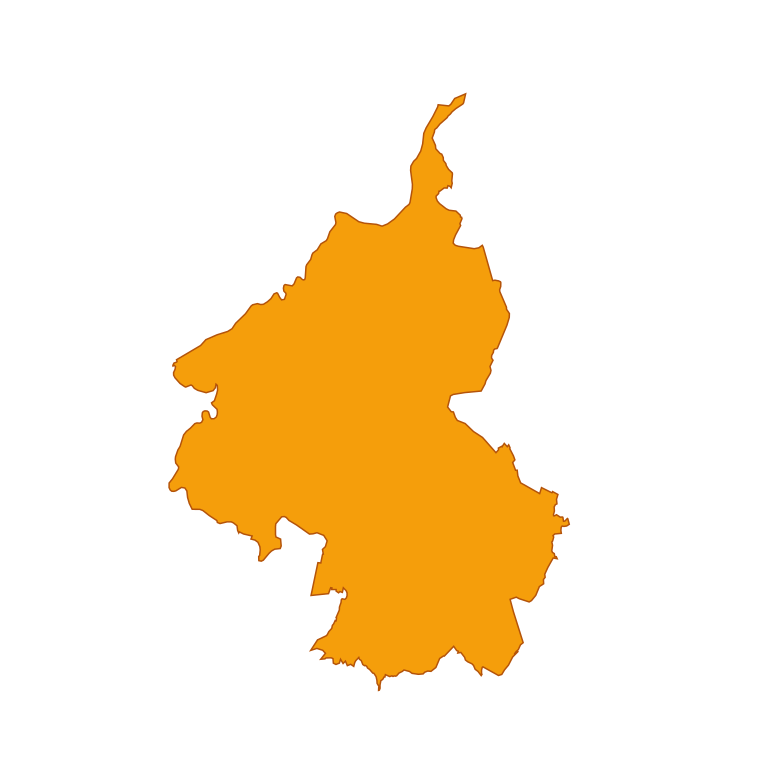 the district of Ixmatlahuacan, Veracruz, Mexico, rotated 12°
{"feature_id": "50627088B11055849709035", "entity_name": "Ixmatlahuacan", "entity_type": "district", "adm_level": 2, "iso_a3": "MEX", "parent_name": "Mexico", "parent_adm1": "Veracruz", "projection": "equal_earth", "projection_center": [-95.886, 18.498], "detail": "fine", "context": "isolated", "style": "filled", "palette": "amber", "viewbox_px": 768, "rotation_deg": 12, "n_neighbors": 0, "source": "geoboundaries", "source_scale": "gbopen_adm2", "svg_char_len": 6161}
<svg xmlns="http://www.w3.org/2000/svg" viewBox="0 0 768 768"><g transform="rotate(12 384 384)"><path d="M403.5,83.2L393.8,90.0L391.2,96.5L389.6,98.5L378.9,99.6L378.9,101.8L376.2,112.2L372.0,124.6L370.8,130.5L371.9,141.1L371.5,148.5L369.0,156.6L366.7,160.0L365.0,165.2L365.6,169.5L370.3,182.8L371.1,187.3L371.7,201.0L371.2,203.1L368.2,206.6L359.9,220.4L354.2,226.7L349.3,230.0L343.6,229.4L331.3,230.8L325.6,230.5L312.1,225.0L304.7,225.0L302.7,226.3L301.4,227.8L301.0,230.3L303.4,236.1L303.4,238.1L299.4,246.3L298.5,253.6L297.7,255.8L293.1,260.1L290.8,266.6L287.2,270.7L286.7,272.6L286.4,277.4L283.6,283.4L283.3,285.4L284.9,296.6L284.7,298.3L283.8,298.9L282.4,298.8L279.7,297.1L277.4,297.2L276.4,298.4L275.2,304.8L273.8,307.1L266.6,307.3L265.7,308.4L265.7,311.2L266.7,313.9L269.1,315.6L269.6,316.8L269.0,321.9L266.3,323.0L263.9,320.9L261.0,317.3L260.1,317.1L257.7,318.7L255.7,324.0L252.9,327.8L249.5,331.1L246.9,331.9L243.5,331.7L239.1,333.8L237.8,335.3L233.9,344.1L226.3,355.4L223.9,361.5L220.2,365.1L210.6,370.5L200.6,377.6L196.6,384.5L176.0,403.4L176.9,404.9L176.6,405.7L174.2,407.2L173.6,409.6L173.9,410.3L174.9,409.4L176.4,410.2L176.6,412.9L175.8,416.6L176.4,419.1L178.3,421.4L184.4,425.9L189.5,428.0L190.7,428.2L195.4,425.1L196.8,425.5L199.4,427.7L203.1,428.9L211.8,429.5L218.2,426.0L219.8,422.8L219.7,419.1L221.2,420.0L222.5,424.6L222.4,428.6L221.6,435.6L219.2,438.3L220.4,440.0L226.0,443.5L226.9,446.2L227.2,448.7L226.8,451.2L225.0,453.3L222.3,453.9L220.8,452.6L218.2,447.9L216.6,447.2L214.4,447.5L212.9,448.5L212.3,450.0L212.7,453.4L214.3,456.6L213.5,459.4L211.9,460.6L209.1,461.0L207.2,462.1L203.8,467.5L200.6,471.4L198.6,475.5L197.5,487.4L196.1,491.4L195.2,498.5L195.5,501.0L196.7,504.6L200.4,507.8L200.6,510.0L196.8,520.8L194.4,525.5L195.3,530.0L196.9,532.1L198.6,533.0L200.7,532.7L202.6,531.8L207.3,527.3L210.8,527.1L213.4,529.6L215.5,535.9L218.4,541.3L222.4,546.4L229.9,544.9L233.1,545.4L240.4,549.0L248.9,552.3L249.8,554.1L252.6,554.6L259.1,551.5L263.2,550.6L265.5,551.1L269.7,553.2L271.3,557.7L272.9,559.9L273.2,558.7L277.8,559.9L286.6,560.1L286.1,563.3L290.2,563.5L293.6,565.0L296.4,568.9L297.4,572.0L298.0,577.5L297.3,578.8L298.3,582.8L300.8,582.8L302.6,581.4L306.7,573.6L308.7,570.7L311.4,568.3L316.7,566.5L317.1,563.8L315.1,557.2L310.1,556.1L309.2,553.9L307.5,546.0L307.2,543.2L311.5,535.2L314.0,534.4L316.1,534.8L319.4,537.2L327.6,540.0L342.3,546.3L345.7,545.3L349.4,543.4L356.5,544.6L361.0,549.2L360.5,555.3L358.2,558.6L360.0,563.0L359.4,563.2L359.3,564.2L359.4,572.2L356.5,572.5L356.6,606.0L373.3,600.6L374.2,594.3L375.5,594.3L375.6,595.9L379.9,595.0L380.2,596.5L383.0,597.7L384.0,596.2L386.6,596.5L386.6,591.8L389.9,594.0L391.3,596.0L391.9,598.8L391.6,601.2L390.5,602.8L387.7,602.8L387.1,603.9L387.4,606.6L386.8,611.4L387.3,614.4L385.7,622.4L386.2,622.6L386.4,625.2L386.2,625.9L385.4,625.6L384.6,629.2L383.7,630.8L383.7,633.9L381.5,637.7L380.6,641.1L379.7,642.4L372.2,648.1L367.7,659.8L373.3,656.6L379.4,657.2L382.7,659.6L379.3,666.4L383.4,665.1L384.3,664.0L389.3,662.8L391.2,663.2L392.5,667.6L395.3,668.3L398.4,666.3L398.7,662.3L402.1,665.9L403.9,663.1L406.7,667.1L409.7,665.1L413.1,666.5L413.3,662.6L413.9,660.5L416.2,656.7L417.2,658.4L419.2,659.2L421.6,662.8L423.5,663.6L424.2,663.2L425.8,663.7L426.9,665.2L429.4,666.3L433.1,669.1L434.3,669.1L437.1,671.9L438.7,675.4L439.5,678.3L442.1,681.1L441.9,681.8L442.4,684.8L443.1,684.4L443.4,682.5L442.7,679.3L442.6,674.8L444.1,673.3L445.0,670.6L445.8,670.4L445.8,668.0L450.4,669.0L452.5,667.8L453.6,668.2L454.7,667.4L455.9,667.4L457.0,666.8L458.7,663.7L461.7,661.3L463.0,659.6L468.7,659.9L471.6,661.2L478.0,660.8L482.6,659.4L483.7,657.5L486.4,655.7L489.7,655.3L493.7,650.5L495.5,640.9L498.8,637.6L499.6,637.6L506.7,626.1L510.5,629.6L512.3,630.0L512.1,631.8L515.0,630.6L519.7,634.6L521.0,637.0L523.6,638.3L528.2,639.4L530.1,640.7L532.5,644.1L535.7,645.6L539.7,649.0L540.2,647.6L539.6,646.8L538.9,643.6L539.0,640.7L539.6,640.1L556.6,645.3L559.6,643.6L561.3,638.6L564.2,633.1L566.6,624.3L570.6,618.0L570.1,617.7L568.1,621.1L567.8,620.8L568.8,618.4L570.6,615.9L571.7,610.8L573.9,608.1L557.9,579.8L552.1,568.4L557.7,565.0L561.0,565.9L571.3,567.0L573.3,565.2L576.4,559.2L578.1,549.8L581.7,546.2L580.6,542.1L581.8,539.6L580.8,536.6L582.4,529.4L584.7,522.0L585.7,519.0L589.7,518.9L588.4,517.1L587.0,517.3L585.8,514.5L583.8,513.7L582.8,512.3L582.4,506.7L581.0,503.7L581.6,502.5L581.8,498.4L580.8,497.2L582.2,495.2L588.5,493.2L587.5,490.6L587.1,487.4L587.8,485.9L589.6,485.9L592.2,484.9L594.4,482.7L591.8,477.6L591.3,477.4L589.4,480.5L588.1,480.9L586.7,477.2L586.1,477.0L584.1,477.6L579.9,476.0L578.2,477.5L577.3,477.6L576.9,476.4L577.1,472.9L576.0,468.9L576.7,466.4L578.1,465.3L576.7,460.9L577.1,455.9L571.3,454.2L571.2,455.2L570.5,455.4L559.6,452.6L559.0,459.6L559.0,458.8L538.2,452.3L534.0,446.0L532.2,440.6L530.6,441.0L526.2,434.1L527.8,431.0L525.5,427.3L520.6,421.3L520.5,420.1L518.6,417.6L517.6,419.7L514.0,417.1L512.6,420.7L512.3,420.3L509.2,422.9L509.7,424.6L507.8,427.9L491.5,415.8L481.4,411.9L471.6,405.8L463.3,404.4L460.7,401.8L457.7,396.9L455.5,397.1L451.0,393.3L451.5,381.8L453.9,379.8L464.8,375.6L480.5,370.7L482.8,362.9L483.0,359.6L485.8,351.3L485.8,348.4L484.0,344.8L485.7,338.1L483.9,336.4L483.6,335.4L483.4,333.6L484.4,330.4L484.2,328.2L484.9,326.8L487.2,325.8L487.5,325.1L492.0,301.0L492.7,292.9L492.0,289.0L488.3,285.4L487.8,283.4L478.1,269.6L477.5,267.8L477.9,264.4L477.2,260.6L476.7,259.8L474.6,259.3L470.9,259.4L468.8,260.3L452.6,229.5L451.3,227.9L448.4,231.1L444.1,232.9L428.1,233.8L424.9,233.5L423.2,232.4L422.4,231.8L422.1,228.5L423.0,223.3L426.0,213.0L424.9,211.5L425.9,206.1L425.3,204.8L424.1,204.7L423.5,203.0L418.4,199.9L411.6,200.5L408.4,199.7L400.8,196.0L398.1,193.9L396.2,190.9L395.9,189.4L397.8,186.4L397.7,184.0L398.4,183.9L402.1,179.7L405.1,179.2L405.3,176.7L407.5,176.9L408.9,178.1L409.0,173.5L408.1,171.3L407.3,164.4L406.9,163.3L402.5,160.6L399.5,157.4L398.7,155.6L395.6,152.9L394.9,150.2L392.7,147.2L390.8,146.8L385.7,143.1L384.7,139.9L380.0,133.4L380.9,127.1L380.7,124.8L381.3,123.7L382.3,122.7L384.6,118.1L390.4,110.3L390.9,108.6L392.8,106.1L394.0,103.6L397.0,99.7L402.9,93.7L403.4,92.4L403.5,83.2Z" fill="#f59e0b" stroke="#b45309" stroke-width="1.5"/></g></svg>